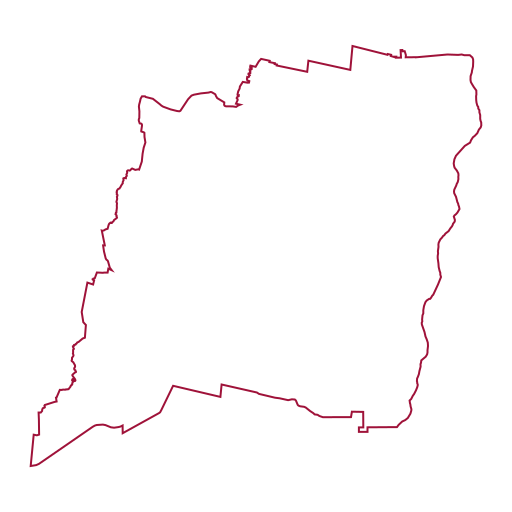 Chacabuco, San Luis, Argentina
{"feature_id": "61730980B56219468048048", "entity_name": "Chacabuco", "entity_type": "district", "adm_level": 2, "iso_a3": "ARG", "parent_name": "Argentina", "parent_adm1": "San Luis", "projection": "robinson", "projection_center": [-65.4, -32.74], "detail": "fine", "context": "isolated", "style": "outline", "palette": "rose", "viewbox_px": 512, "rotation_deg": 0, "n_neighbors": 0, "source": "geoboundaries", "source_scale": "gbopen_adm2", "svg_char_len": 5913}
<svg xmlns="http://www.w3.org/2000/svg" viewBox="0 0 512 512"><path d="M469.8,55.2L464.3,55.2L461.7,54.5L458.2,54.9L447.5,54.5L416.1,57.3L416.1,57.2L405.7,57.3L405.9,55.1L404.7,51.2L402.7,51.3L402.4,50.0L400.6,50.1L401.0,57.6L396.2,57.7L396.3,56.7L394.4,56.7L394.4,57.1L390.8,56.0L391.1,54.8L387.7,54.0L387.4,54.8L352.5,46.0L350.3,69.9L308.4,60.7L307.2,71.8L276.7,65.5L276.9,64.5L274.7,64.1L274.9,63.2L269.4,62.1L269.7,60.8L261.1,58.9L258.8,61.4L255.6,66.8L250.4,65.6L250.2,66.3L250.2,67.4L250.4,67.7L251.7,67.7L251.7,69.1L250.7,69.8L250.3,69.3L249.6,69.4L249.7,70.6L250.3,71.5L249.8,72.4L249.9,72.6L250.3,72.7L250.3,73.1L248.5,73.6L248.5,74.3L249.3,74.6L249.8,75.3L248.9,76.1L249.0,76.8L248.2,77.3L247.2,77.0L246.9,79.0L247.3,80.4L249.3,81.1L249.0,82.6L247.5,82.7L242.8,81.9L239.9,86.5L239.6,88.6L238.2,91.4L237.5,94.5L237.7,95.3L238.8,95.2L238.7,96.2L237.4,96.9L236.8,97.6L236.7,98.3L237.6,99.2L237.7,99.9L236.0,103.7L240.2,104.7L238.1,105.5L236.1,106.9L232.8,106.4L225.9,106.3L225.0,106.0L224.4,105.5L224.1,104.7L224.3,102.4L217.2,98.1L216.0,96.1L215.4,94.5L215.0,94.1L211.7,92.2L210.7,92.0L208.4,92.6L200.8,93.4L193.9,94.7L191.5,95.6L188.1,99.2L180.4,110.8L179.3,111.3L177.0,111.0L170.6,109.4L163.2,106.7L161.4,105.6L159.7,104.1L152.9,98.8L145.7,97.0L145.0,96.3L142.0,96.3L140.6,98.7L140.0,101.5L139.2,104.4L138.9,106.6L139.4,111.3L139.3,118.0L138.8,119.3L138.8,120.7L139.7,123.4L141.4,123.7L141.9,124.4L142.0,125.6L141.2,131.0L141.3,131.5L143.8,132.3L144.4,132.8L144.5,137.0L145.4,142.5L143.7,147.7L142.6,153.7L141.8,161.6L139.1,169.6L138.3,169.3L135.3,169.9L132.1,168.5L131.4,169.0L130.1,170.4L129.6,170.6L128.3,170.3L127.8,170.4L127.2,170.9L127.0,171.3L127.2,172.8L126.4,174.5L126.8,175.8L125.9,177.0L125.9,178.2L124.3,178.0L123.4,178.3L123.3,178.6L123.6,180.1L122.7,182.1L122.8,183.2L121.2,185.5L120.5,187.0L119.8,187.8L119.6,188.4L117.9,189.2L116.9,190.7L116.9,192.0L116.6,192.2L116.9,193.4L116.7,194.1L117.5,195.1L117.3,195.5L117.3,196.1L116.9,196.7L117.2,198.9L116.4,201.9L117.0,203.2L116.8,205.4L116.9,208.1L116.7,208.9L116.7,209.9L116.5,210.4L116.4,212.5L115.9,212.7L115.9,213.4L115.5,214.1L116.6,215.4L116.4,216.2L117.0,217.3L116.8,218.0L114.1,220.0L113.4,221.4L112.5,222.0L111.8,223.0L111.2,223.0L110.9,222.6L110.5,222.6L109.2,223.7L108.6,225.0L107.6,228.8L105.5,229.4L104.0,230.4L102.4,230.8L101.8,230.6L104.8,245.4L103.1,245.4L104.0,251.5L105.7,258.4L106.3,259.5L107.5,260.5L108.0,261.3L109.8,267.7L111.7,270.2L108.3,268.7L107.6,272.6L104.0,272.6L103.0,272.8L96.9,272.5L94.8,278.2L93.3,278.6L93.0,279.1L92.6,279.3L92.7,279.6L94.1,280.4L93.1,284.5L87.4,282.6L81.7,312.0L83.3,322.2L85.9,325.0L84.9,337.7L82.7,338.5L78.5,342.0L77.3,342.4L76.5,343.6L75.7,344.0L75.6,344.5L74.8,344.8L74.5,345.2L74.0,345.1L73.7,346.1L72.9,346.3L72.9,346.8L73.9,348.8L73.7,349.2L73.3,349.4L73.1,349.8L73.1,353.1L72.9,353.6L73.4,354.8L73.5,355.4L73.3,356.0L72.0,357.8L72.0,359.3L71.6,360.7L71.8,361.1L73.3,362.3L75.0,365.3L75.1,366.5L74.7,367.6L74.2,368.2L74.2,369.0L74.5,369.7L75.4,370.3L75.6,371.1L76.0,371.8L75.9,372.1L75.1,372.4L73.0,374.2L72.3,375.1L72.8,376.2L74.8,378.8L75.4,380.1L75.4,380.5L75.0,381.0L74.4,381.1L74.1,380.8L73.6,379.9L73.5,379.1L72.8,379.0L72.3,379.4L72.1,380.3L72.6,381.0L72.9,382.1L72.3,383.0L72.3,384.1L71.8,384.5L71.7,385.1L70.8,385.6L70.5,386.6L68.5,389.2L67.7,389.2L66.9,389.5L66.1,389.3L65.3,389.7L62.9,389.6L61.7,390.0L61.0,389.8L60.3,390.0L59.8,389.9L56.5,397.6L56.0,397.7L56.6,401.5L54.6,401.9L44.8,405.0L44.4,405.8L44.8,406.7L44.8,407.4L44.1,407.8L43.2,408.0L42.7,408.4L42.2,409.7L42.1,411.0L40.8,412.5L38.6,412.5L38.9,419.5L39.1,434.6L36.9,435.3L33.7,434.7L30.7,466.0L36.2,465.1L38.9,463.9L92.7,426.8L94.8,425.6L96.7,425.0L102.9,424.6L105.5,425.1L110.9,427.3L114.1,427.7L118.3,427.1L120.4,426.6L122.6,425.5L122.7,433.2L159.0,413.1L160.1,412.3L161.4,409.9L173.1,385.8L220.4,396.9L221.6,384.5L256.9,392.5L259.0,393.9L275.0,397.7L279.7,398.3L287.8,400.1L288.5,400.1L291.9,399.3L294.8,399.5L295.9,400.5L297.7,404.8L298.2,405.4L299.3,406.0L300.3,406.3L304.1,406.8L305.7,407.5L310.2,411.1L313.4,413.2L314.6,414.4L317.6,414.8L319.4,416.0L322.9,417.2L351.0,417.1L351.9,411.7L363.2,411.9L363.3,427.4L358.9,427.4L358.9,431.9L367.5,431.9L367.5,427.3L397.0,427.1L398.6,424.9L402.2,421.5L405.2,420.1L407.8,418.0L410.4,413.7L411.3,410.6L411.4,409.2L410.6,406.4L410.3,404.1L410.0,403.4L409.6,400.5L411.2,399.0L412.8,395.8L414.1,394.0L416.0,390.3L417.2,387.3L417.7,385.4L417.7,384.4L417.2,383.2L417.2,382.0L416.9,381.2L417.1,378.5L417.9,376.8L418.9,374.1L419.4,371.2L420.6,366.6L420.5,364.1L421.0,362.8L421.3,360.4L425.7,356.7L427.1,354.4L427.5,352.5L427.5,350.3L428.0,346.0L427.8,342.6L426.7,339.3L425.5,336.5L424.5,332.0L421.9,324.6L421.7,322.9L422.3,321.3L422.1,319.6L422.5,315.3L423.3,313.4L423.3,310.2L424.0,306.1L425.4,302.2L426.7,300.5L429.1,298.9L430.1,298.9L431.0,297.8L432.3,295.6L433.2,294.8L438.0,284.5L441.0,277.0L440.3,274.6L440.3,272.8L439.6,270.9L438.7,267.1L438.4,263.2L437.7,258.2L437.7,255.9L438.1,253.4L437.9,251.2L438.5,246.9L438.4,244.5L438.7,242.7L440.3,239.4L442.0,237.6L443.1,236.0L444.3,235.2L445.4,233.6L448.6,231.1L450.3,228.4L452.0,226.3L452.8,224.7L453.0,223.8L454.7,221.6L454.9,219.9L453.8,216.5L454.5,215.4L455.9,214.3L457.4,212.6L459.5,209.0L459.0,206.5L458.4,205.1L458.1,203.5L457.4,202.2L456.0,196.8L454.2,193.2L454.0,191.3L454.3,189.6L456.2,185.6L456.8,183.7L457.6,182.4L457.9,181.4L458.4,179.1L458.3,176.9L458.5,175.1L458.3,173.3L456.8,170.5L454.6,167.7L454.1,166.0L453.7,163.4L454.4,159.3L456.0,155.7L464.8,145.9L470.1,142.6L471.0,140.3L472.9,137.3L474.7,135.9L477.3,133.2L478.9,129.6L480.7,127.4L481.3,125.4L481.2,122.4L480.6,120.9L480.2,118.9L480.2,115.0L479.4,112.4L479.4,110.2L478.3,108.6L478.2,106.9L477.3,105.6L476.5,102.6L476.2,100.0L476.1,96.2L476.4,94.4L476.3,90.5L473.7,86.9L471.6,83.4L470.9,82.1L470.5,80.0L470.6,76.1L471.8,72.5L472.0,70.8L473.0,66.5L473.2,61.6L473.1,59.3L472.4,57.5L469.8,55.2Z" fill="none" stroke="#9f1239" stroke-width="2"/></svg>